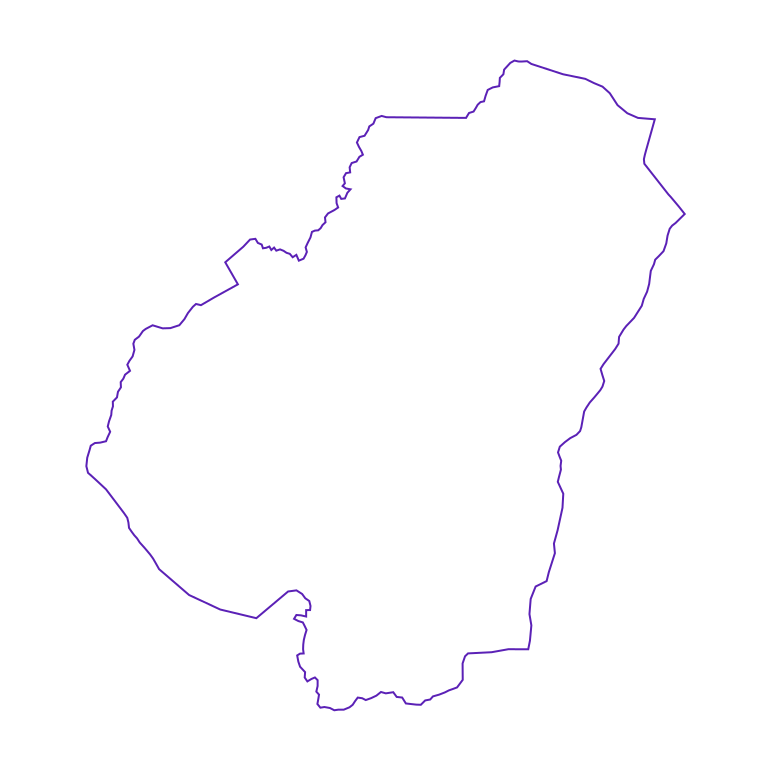 Rio Negro, Mato Grosso do Sul, Brazil (Robinson projection), rotated 2°
{"feature_id": "56859067B53049128756879", "entity_name": "Rio Negro", "entity_type": "district", "adm_level": 2, "iso_a3": "BRA", "parent_name": "Brazil", "parent_adm1": "Mato Grosso do Sul", "projection": "robinson", "projection_center": [-54.985, -19.444], "detail": "fine", "context": "isolated", "style": "outline", "palette": "violet", "viewbox_px": 768, "rotation_deg": 2, "n_neighbors": 0, "source": "geoboundaries", "source_scale": "gbopen_adm2", "svg_char_len": 3733}
<svg xmlns="http://www.w3.org/2000/svg" viewBox="0 0 768 768"><g transform="rotate(2 384 384)"><path d="M91.3,483.1L95.2,486.3L100.6,490.9L109.9,499.0L128.6,522.0L132.1,526.7L133.4,531.3L134.2,536.7L137.0,540.5L139.7,543.9L142.6,546.9L145.4,550.9L150.6,556.3L156.2,562.5L159.3,566.5L162.9,572.3L165.7,576.9L196.6,601.7L228.2,615.1L264.6,622.5L295.4,594.7L303.7,593.3L309.5,596.7L312.8,600.9L316.9,603.5L318.3,608.4L318.0,612.5L314.1,612.7L314.3,619.1L309.1,618.1L304.5,617.9L302.3,621.8L306.7,623.9L311.2,625.1L313.1,628.5L315.2,632.5L313.8,637.7L312.8,642.6L312.4,647.3L312.4,651.9L313.1,656.1L309.5,656.4L306.7,658.3L308.1,664.5L310.0,669.5L315.2,674.7L315.0,680.1L317.8,683.9L321.8,681.3L325.2,679.7L328.0,682.3L328.2,688.2L327.1,693.8L329.9,696.7L329.4,700.7L328.6,706.1L331.7,709.7L335.7,708.9L341.3,709.7L345.7,711.8L349.5,711.1L355.1,710.9L360.8,708.3L363.9,705.7L366.2,701.9L368.7,698.3L373.2,698.8L376.8,700.5L382.1,698.4L387.3,695.7L391.7,691.9L396.6,693.1L404.0,691.7L407.6,696.3L413.1,696.7L417.0,702.5L427.4,703.3L432.0,703.3L436.2,698.8L441.2,697.7L443.8,694.5L450.0,692.5L455.6,690.1L459.6,687.9L463.2,686.5L467.6,684.7L470.6,680.4L473.0,676.9L472.3,660.5L473.4,656.9L474.5,653.3L477.4,650.3L500.9,648.3L517.6,644.7L537.4,644.1L538.8,635.5L539.7,620.1L537.4,608.9L537.7,602.1L538.1,593.7L542.6,581.1L553.4,575.3L555.3,566.3L560.7,547.1L559.4,537.5L562.6,524.1L566.7,501.5L567.0,487.4L561.1,475.7L562.1,470.9L563.8,463.4L563.3,459.7L563.8,454.5L562.1,450.7L560.3,446.3L561.9,440.5L566.8,435.8L572.0,431.6L578.1,428.1L581.6,424.2L582.7,420.3L585.0,404.5L587.1,400.5L590.3,395.3L594.9,389.7L600.3,382.7L602.4,379.0L604.0,373.3L601.9,367.4L599.9,361.3L602.7,356.5L613.8,341.0L617.0,335.5L617.3,328.7L621.5,321.2L624.1,317.6L631.6,309.2L638.9,296.8L640.6,289.9L643.7,282.6L645.5,274.8L646.2,266.9L646.7,261.6L649.6,254.9L650.7,250.3L654.2,246.6L658.7,241.5L661.2,233.6L662.2,225.8L664.1,218.9L666.4,215.7L669.8,212.9L678.6,203.6L672.4,196.3L664.1,187.1L661.6,184.6L636.5,154.8L635.9,150.2L636.7,145.9L637.7,141.6L645.4,110.0L628.5,109.2L617.7,104.9L611.9,100.4L607.7,97.2L599.5,85.5L592.0,79.2L583.5,76.0L574.5,72.0L552.1,68.2L520.1,59.0L515.8,56.4L510.7,56.9L507.1,57.0L503.1,56.2L499.0,58.7L496.7,61.4L493.1,65.6L492.5,70.3L489.1,74.0L489.0,78.0L488.7,82.3L482.3,83.8L477.4,86.5L475.5,92.4L474.1,98.0L470.6,98.9L467.9,101.6L466.1,105.0L464.0,108.6L459.5,110.2L456.7,115.2L377.1,117.3L372.3,116.2L366.4,118.6L364.3,124.2L360.3,127.1L359.3,130.7L355.9,136.6L350.9,138.1L348.5,143.6L350.7,147.9L353.2,151.9L354.9,155.6L351.5,157.8L348.8,162.6L344.0,164.3L342.1,168.6L342.8,173.7L338.7,174.6L336.4,178.8L337.9,184.8L335.7,187.6L339.1,189.9L343.7,190.6L340.7,194.2L338.5,199.9L334.8,200.5L332.9,197.3L329.9,199.1L330.3,204.9L332.0,209.2L328.3,211.9L322.1,215.5L319.2,219.6L319.9,224.4L317.0,227.3L315.3,230.4L312.9,232.7L309.6,233.1L306.7,234.5L305.4,240.1L302.8,245.7L300.9,250.2L302.3,254.7L301.0,258.1L299.2,261.6L294.6,263.7L291.9,258.0L288.3,260.5L285.3,257.2L282.0,256.3L279.0,254.4L275.4,253.1L271.7,254.5L269.4,251.5L266.7,254.0L264.6,250.6L261.5,252.0L258.3,252.6L256.9,248.9L253.0,247.4L250.4,243.4L245.1,244.3L238.6,251.7L221.1,267.9L234.5,289.5L211.3,303.4L198.3,311.6L193.3,310.6L190.3,313.5L185.6,319.9L182.3,326.1L177.4,332.4L172.4,334.2L168.6,335.6L160.8,336.1L150.7,333.4L143.9,337.3L141.2,339.5L137.5,345.2L133.4,348.5L132.1,352.5L133.4,358.6L131.8,365.2L128.8,369.7L126.8,373.7L129.7,379.7L124.9,383.7L123.3,387.8L120.8,391.3L121.2,396.5L118.4,401.1L117.6,406.7L113.6,411.1L113.9,415.8L112.7,420.1L112.5,424.5L110.5,430.9L109.4,436.1L112.0,441.3L109.6,446.9L108.2,450.9L102.4,452.5L97.1,453.1L93.1,455.9L92.0,460.5L90.0,468.0L89.4,476.5L91.3,483.1Z" fill="none" stroke="#5b21b6" stroke-width="2"/></g></svg>